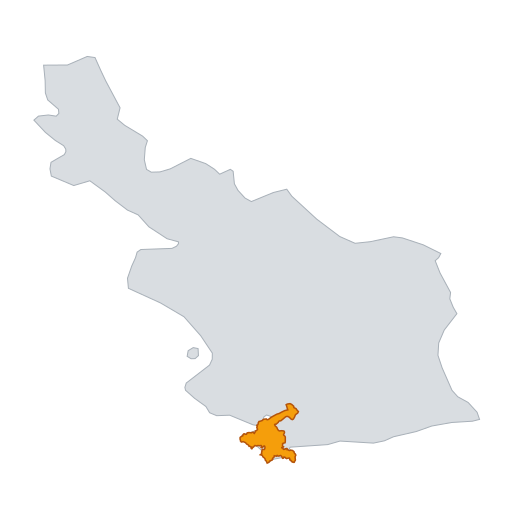 Noyemberyan, Tavush, Armenia (highlighted), rotated 177°
{"feature_id": "60910142B91893533127348", "entity_name": "Noyemberyan", "entity_type": "district", "adm_level": 2, "iso_a3": "ARM", "parent_name": "Armenia", "parent_adm1": "Tavush", "projection": "natural_earth1", "projection_center": [44.992, 41.129], "detail": "fine", "context": "in_parent", "style": "filled", "palette": "amber", "viewbox_px": 512, "rotation_deg": 177, "n_neighbors": 0, "source": "geoboundaries", "source_scale": "gbopen_adm2", "svg_char_len": 7122}
<svg xmlns="http://www.w3.org/2000/svg" viewBox="0 0 512 512"><g transform="rotate(177 256 256)"><path d="M221.8,321.1L217.1,313.8L193.4,289.6L171.4,271.1L156.4,263.5L141.2,264.3L117.6,268.0L108.9,266.4L88.4,258.4L71.3,248.8L73.7,244.8L77.3,241.9L73.1,229.4L63.6,209.4L64.7,203.1L61.7,194.4L58.4,187.9L71.9,172.2L78.1,159.6L79.5,147.3L76.0,134.6L67.3,111.6L61.9,104.9L51.8,98.6L43.4,88.4L41.3,81.1L48.5,79.7L69.3,79.5L89.4,77.0L105.2,72.3L128.1,68.3L137.5,64.7L148.5,63.0L181.8,66.8L194.3,63.9L231.9,63.3L232.9,61.8L227.8,57.0L227.8,55.1L250.2,52.0L253.6,49.7L256.6,57.5L265.0,66.0L274.2,69.5L279.1,74.3L279.3,77.8L263.1,82.2L262.0,84.4L263.0,86.5L267.9,87.6L290.6,98.4L303.6,98.6L310.5,101.9L313.9,108.3L324.8,117.1L333.4,125.6L333.9,128.5L332.3,132.8L308.1,149.5L305.1,155.2L304.7,161.3L315.4,179.3L331.1,199.1L353.8,214.1L385.1,230.4L385.5,240.5L380.6,252.5L376.4,260.6L374.5,266.1L370.7,268.5L339.5,268.0L334.9,269.9L332.8,272.3L332.7,274.2L343.9,277.9L361.4,290.7L371.5,303.2L382.0,308.6L393.8,318.6L403.2,327.8L418.0,339.8L434.3,335.9L456.2,346.5L457.2,353.8L455.8,360.3L442.1,367.3L440.4,370.2L440.4,372.7L442.3,376.2L450.4,381.9L459.9,390.5L470.7,403.3L465.9,407.1L456.0,407.7L448.2,406.1L445.4,408.7L445.6,412.9L455.8,422.7L457.8,429.8L457.4,442.1L458.1,457.7L434.3,456.6L414.1,464.1L406.4,462.6L401.3,449.4L396.9,438.7L384.0,411.1L387.4,399.9L380.2,393.3L362.9,381.6L358.4,376.8L360.9,370.2L362.5,358.0L360.8,348.2L356.2,345.2L347.5,345.0L337.1,347.5L316.0,356.9L301.4,350.9L292.9,344.8L288.0,339.6L277.1,343.9L274.4,341.8L273.8,329.2L270.5,322.4L263.9,314.4L257.8,310.6L235.3,318.5L221.8,321.1ZM256.7,94.8L257.4,90.2L256.3,86.1L252.7,84.8L248.2,85.9L247.9,90.4L249.2,94.8L253.7,96.7L256.7,94.8ZM328.7,165.0L323.5,167.8L318.7,166.6L318.7,159.5L322.2,156.7L326.2,156.8L330.0,159.4L328.7,165.0Z" fill="#d9dde1" stroke="#a8b0b8" stroke-width="1"/><path d="M233.7,105.9L233.1,104.0L232.8,102.4L232.3,100.7L235.4,100.1L238.3,98.9L241.2,97.5L243.4,97.0L247.6,95.0L249.7,93.9L251.6,92.5L252.8,91.9L253.8,92.1L254.1,92.7L255.7,92.7L257.5,92.4L258.1,91.5L260.4,90.8L261.7,90.6L261.9,90.2L262.2,89.8L262.4,89.6L262.5,88.8L262.7,88.3L262.9,87.5L263.0,87.5L263.5,87.1L263.9,87.0L264.0,87.0L264.0,86.8L264.0,86.6L263.8,86.3L263.7,85.9L263.7,85.6L263.9,85.6L264.0,85.4L264.0,85.1L264.2,84.6L263.9,83.8L263.7,83.5L263.5,83.0L263.5,82.9L263.8,82.6L264.2,82.1L264.4,81.8L265.1,81.5L265.7,81.3L265.9,81.2L265.9,80.5L266.0,80.4L266.2,80.2L266.3,79.9L266.5,79.6L266.8,79.3L267.0,78.9L267.2,79.0L267.8,79.9L268.0,80.2L268.6,80.1L269.3,80.0L269.8,79.7L270.6,79.8L271.4,79.9L272.2,80.1L272.5,80.1L272.9,79.9L273.2,79.9L273.6,79.9L274.0,79.9L274.2,79.6L274.8,78.5L275.0,78.4L275.6,78.6L275.8,78.6L276.1,78.5L276.4,78.7L276.5,78.8L276.8,79.0L277.1,79.1L277.5,79.0L277.7,78.9L278.0,78.6L278.2,78.3L278.5,77.8L278.6,77.6L278.6,77.3L278.6,77.1L278.8,77.0L279.3,77.0L279.6,76.8L280.6,76.2L281.1,75.9L281.3,75.6L281.5,75.2L281.4,74.9L281.5,74.2L281.5,73.8L281.3,73.2L281.1,72.5L281.2,72.1L281.0,71.9L280.8,71.7L280.4,71.0L280.1,71.0L279.6,71.0L279.3,71.1L279.1,71.2L278.7,71.3L278.4,71.3L278.0,71.0L276.9,70.5L276.5,70.3L276.2,70.0L275.9,69.7L275.4,69.0L275.2,68.8L274.9,68.5L274.7,68.4L274.0,68.1L273.9,68.0L273.8,67.8L273.7,67.7L273.3,67.3L273.1,67.0L273.0,66.8L273.0,66.4L272.9,66.3L272.7,66.4L272.4,66.4L272.2,66.2L271.8,66.1L271.5,66.0L270.9,65.6L270.9,65.4L271.0,65.2L271.1,64.9L271.0,64.4L270.8,64.1L270.7,63.9L270.4,63.7L270.0,63.8L269.9,64.2L269.8,64.4L269.7,64.7L269.8,65.0L269.7,65.2L269.3,65.0L269.0,65.0L268.7,65.3L268.4,65.4L268.1,65.8L268.0,66.0L267.8,66.1L267.6,66.3L267.4,66.5L267.2,66.7L267.1,66.8L266.9,66.8L266.4,66.6L265.8,66.5L265.4,66.4L265.1,66.3L264.9,66.4L264.5,66.6L264.2,66.6L263.8,66.6L263.1,66.5L262.8,66.3L262.3,66.4L261.9,66.5L261.2,66.5L260.9,66.5L260.6,66.4L260.5,66.2L260.3,65.5L260.4,65.3L260.9,64.9L261.0,64.6L260.8,64.4L260.4,64.3L260.0,64.5L259.7,64.6L259.3,64.7L258.2,65.7L257.9,65.9L257.7,65.9L257.5,65.7L257.3,65.6L257.2,65.3L257.1,64.6L257.1,64.2L257.2,63.7L257.4,62.9L257.6,62.6L257.9,62.3L258.1,62.3L258.9,62.4L259.2,62.5L259.5,62.7L259.8,62.6L260.1,62.0L260.2,61.6L260.2,61.0L260.2,60.7L260.4,60.5L260.6,60.2L260.7,59.5L260.7,59.1L260.6,58.9L260.6,58.5L260.9,58.1L261.1,57.9L261.6,57.7L262.0,57.5L262.2,57.3L261.9,57.2L261.5,57.1L260.8,56.8L260.5,56.8L260.2,56.7L260.1,56.2L259.8,55.8L259.7,55.6L259.7,55.3L259.5,55.0L259.4,54.8L259.1,54.6L258.8,54.4L258.5,54.2L258.0,53.5L257.7,53.2L257.5,52.7L257.5,52.3L257.5,51.9L257.3,51.5L257.0,51.3L256.8,51.0L256.6,50.8L256.4,50.4L256.0,49.4L255.8,48.9L255.7,48.6L255.3,48.8L255.1,48.8L254.8,48.9L253.9,49.3L253.7,49.5L253.6,49.8L253.0,50.1L252.9,50.6L252.7,50.8L251.8,50.9L251.1,51.2L250.8,51.3L250.5,51.4L250.4,51.8L250.0,52.0L249.9,52.2L250.1,52.7L250.1,52.9L250.0,53.1L249.8,53.3L249.6,53.4L248.7,53.9L248.6,54.4L248.4,54.7L248.3,55.0L248.3,55.3L248.2,55.6L247.8,55.4L247.5,55.2L247.3,55.2L247.1,55.3L246.8,55.4L246.7,55.3L246.4,55.2L246.1,55.0L245.9,55.2L245.5,55.7L245.3,55.8L245.2,55.7L245.1,55.4L244.6,55.0L244.3,55.0L244.2,55.1L243.9,55.1L243.6,55.0L243.4,55.0L243.2,55.1L243.1,55.3L242.7,55.3L242.1,55.5L241.8,55.5L241.6,55.3L241.5,55.1L241.2,54.9L241.0,54.6L240.7,54.2L240.5,53.8L240.4,53.3L240.3,53.0L240.1,52.7L239.8,52.5L239.4,52.6L239.0,52.8L238.8,53.0L238.8,53.4L238.8,53.7L238.7,53.8L238.4,53.8L237.9,53.5L237.3,53.3L237.0,52.9L236.9,52.6L236.3,52.3L236.1,52.1L235.3,52.3L234.8,52.3L234.2,52.4L233.9,52.5L233.6,52.6L233.3,52.5L233.1,52.3L233.0,52.0L232.9,51.6L233.0,50.7L232.0,50.2L231.9,49.7L231.7,49.6L231.5,49.4L231.2,49.4L231.1,49.2L230.9,48.8L230.8,48.6L230.7,48.4L230.4,48.4L229.9,48.3L229.9,48.2L229.4,48.2L229.1,47.9L228.8,47.9L228.6,48.0L228.4,48.3L228.3,48.6L228.2,48.9L227.6,49.6L227.4,50.0L227.3,50.4L227.3,50.6L227.4,50.9L227.5,51.1L227.5,51.4L227.5,51.5L227.4,51.7L227.4,51.9L227.4,52.1L227.4,52.3L227.5,52.5L227.5,52.8L227.5,53.0L227.4,53.2L227.4,53.5L227.4,53.8L226.8,54.6L226.7,54.9L226.7,55.3L226.8,55.5L226.9,55.8L227.1,55.9L227.2,56.2L227.3,56.5L227.6,56.7L228.0,57.3L228.2,57.7L228.2,58.4L228.3,58.6L228.6,58.9L229.2,59.4L229.4,59.7L229.6,59.8L230.0,60.0L230.3,60.0L230.7,60.1L231.1,60.2L231.5,60.2L232.0,60.2L232.4,60.0L232.8,60.0L233.2,60.1L233.5,60.3L233.8,60.4L234.0,60.6L234.2,60.9L234.4,61.0L234.7,61.0L234.9,61.0L235.0,61.0L234.9,61.3L235.0,61.5L235.0,61.8L235.0,62.0L235.3,62.2L235.5,62.2L236.1,62.0L236.3,62.0L236.6,62.0L237.0,62.0L237.3,61.5L238.0,61.4L238.5,61.4L238.8,61.5L239.0,62.3L239.2,62.5L239.8,62.9L240.0,62.9L240.3,63.1L240.3,63.3L240.2,63.3L240.0,63.2L239.5,63.2L239.1,63.5L238.5,64.0L239.4,64.7L239.5,65.5L239.2,66.2L239.4,66.9L238.9,67.5L236.7,68.0L236.4,69.6L236.3,71.8L236.2,73.7L236.7,74.7L237.7,75.6L237.8,76.2L236.8,78.0L236.8,78.9L237.3,79.8L239.4,80.2L241.8,80.1L242.5,80.5L243.4,81.6L244.2,83.8L245.8,85.4L246.2,86.7L245.7,87.1L244.7,87.0L242.5,88.7L242.0,89.6L241.2,90.1L239.9,90.1L237.5,91.8L234.8,93.9L233.7,94.2L232.6,94.1L231.2,93.2L229.4,91.2L228.3,90.7L227.2,91.2L225.9,93.2L225.1,95.1L224.0,96.1L222.7,96.8L221.8,98.4L223.3,100.2L224.0,101.5L226.1,102.6L226.2,104.0L228.2,106.0L229.8,106.8L232.6,106.5L233.7,105.9Z" fill="#f59e0b" stroke="#b45309" stroke-width="1.5"/></g></svg>